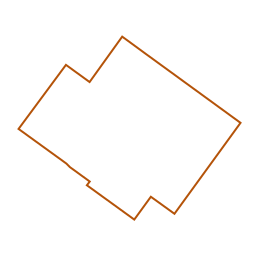 Marion, Kansas, United States of America (Equal Earth projection), rotated 126°
{"feature_id": "52423323B47340881619030", "entity_name": "Marion", "entity_type": "district", "adm_level": 2, "iso_a3": "USA", "parent_name": "United States of America", "parent_adm1": "Kansas", "projection": "equal_earth", "projection_center": [-97.068, 38.347], "detail": "fine", "context": "isolated", "style": "outline", "palette": "amber", "viewbox_px": 256, "rotation_deg": 126, "n_neighbors": 0, "source": "geoboundaries", "source_scale": "gbopen_adm2", "svg_char_len": 337}
<svg xmlns="http://www.w3.org/2000/svg" viewBox="0 0 256 256"><g transform="rotate(126 128 128)"><path d="M57.5,186.4L113.4,186.1L113.4,215.3L193.1,216.0L193.0,156.9L193.8,152.0L193.8,127.5L198.5,127.6L198.4,69.1L170.2,69.1L170.1,40.0L57.7,40.0L57.6,127.7L57.6,157.1L57.5,186.4Z" fill="none" stroke="#b45309" stroke-width="2"/></g></svg>